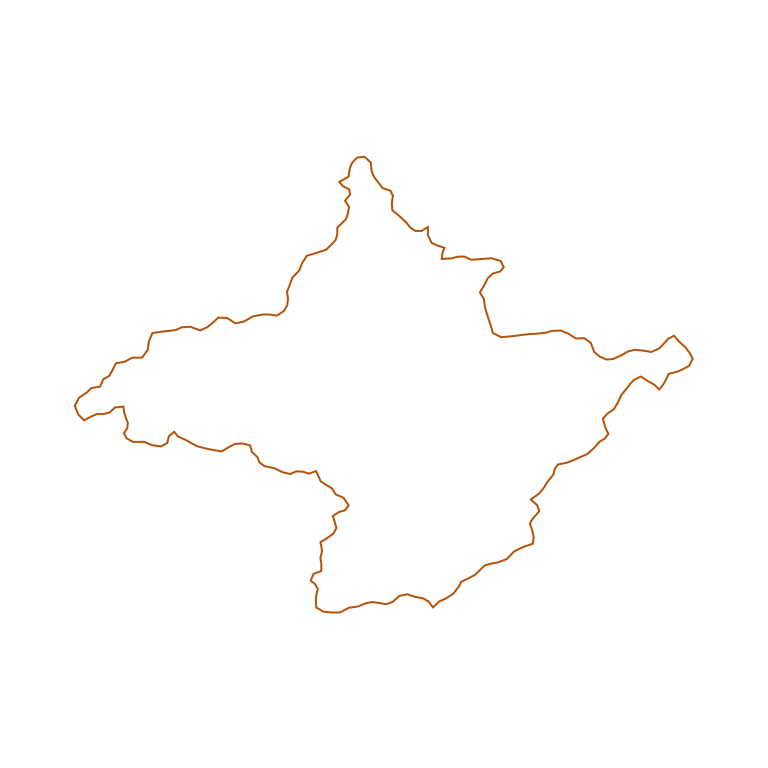 São José do Jacuri, Minas Gerais, Brazil, rotated 82°
{"feature_id": "56859067B60051693205598", "entity_name": "São José do Jacuri", "entity_type": "district", "adm_level": 2, "iso_a3": "BRA", "parent_name": "Brazil", "parent_adm1": "Minas Gerais", "projection": "natural_earth1", "projection_center": [-42.674, -18.243], "detail": "fine", "context": "isolated", "style": "outline", "palette": "amber", "viewbox_px": 768, "rotation_deg": 82, "n_neighbors": 0, "source": "geoboundaries", "source_scale": "gbopen_adm2", "svg_char_len": 3373}
<svg xmlns="http://www.w3.org/2000/svg" viewBox="0 0 768 768"><g transform="rotate(82 384 384)"><path d="M295.2,538.9L300.1,545.9L303.1,550.9L305.3,558.5L300.3,568.1L299.7,576.7L301.5,582.5L301.5,589.7L301.2,597.7L301.4,606.3L309.0,610.9L317.5,613.3L324.2,619.9L322.9,629.8L325.9,637.6L326.1,646.5L332.6,651.0L337.6,654.8L340.3,661.4L347.1,665.4L347.3,674.3L351.6,680.4L355.2,688.0L362.5,693.2L371.7,691.0L378.2,686.0L375.5,678.6L373.7,672.0L374.8,666.0L373.9,659.3L369.8,653.7L370.1,645.2L375.7,645.2L381.3,644.4L387.0,643.1L392.0,644.4L396.5,648.4L401.9,646.5L406.4,640.6L407.8,629.9L412.3,622.2L414.8,613.5L412.3,606.9L405.8,604.2L402.1,598.4L407.2,595.4L411.7,588.3L416.1,582.5L419.8,577.4L422.9,569.8L425.8,561.8L428.1,554.1L425.2,547.2L422.6,539.9L423.2,532.3L426.3,525.0L432.8,524.3L439.0,519.4L444.3,518.3L448.6,513.9L452.0,504.7L457.3,496.5L460.1,489.5L458.3,483.1L459.5,476.8L462.3,470.6L460.8,463.5L466.0,461.8L471.6,460.2L475.8,455.3L480.3,449.9L486.5,447.3L491.1,439.9L499.2,435.9L503.7,440.3L504.5,446.5L507.6,453.0L513.8,452.0L520.0,451.2L525.1,454.9L528.7,461.8L531.7,468.9L540.5,468.5L547.5,471.2L553.4,471.1L560.5,472.1L562.2,480.2L568.6,484.0L572.5,480.2L577.7,478.1L583.8,480.5L590.0,481.7L595.9,482.1L601.0,475.8L603.0,467.5L604.1,459.2L600.7,450.0L600.7,440.3L598.7,433.3L598.2,426.4L600.1,419.4L602.4,412.8L601.0,405.8L596.0,398.2L595.4,390.1L599.3,382.5L601.6,375.3L605.5,370.2L612.0,366.6L606.9,359.4L605.0,352.6L601.4,344.7L595.4,338.4L590.6,335.0L588.1,327.1L585.6,320.4L581.6,314.9L577.7,309.6L576.8,303.2L576.6,296.6L574.5,286.9L568.0,278.6L564.8,268.9L562.8,258.7L556.0,257.0L549.2,257.7L542.5,259.0L538.0,255.4L531.5,247.9L525.3,249.2L518.8,254.7L514.1,245.8L509.1,240.2L503.4,235.6L497.2,228.8L491.9,226.8L487.9,222.9L487.4,213.8L485.4,205.6L483.4,198.7L481.7,192.6L477.0,185.4L471.3,178.8L468.7,172.8L464.6,168.8L457.2,171.0L448.9,172.1L444.6,167.1L440.9,159.8L434.2,154.5L428.1,150.6L423.2,145.3L418.8,140.9L414.8,136.0L412.3,128.6L417.9,122.3L422.4,116.3L427.7,112.3L423.2,107.4L418.4,103.8L413.6,100.7L412.3,90.1L408.6,79.5L402.1,74.8L396.3,76.7L389.5,80.5L383.2,85.8L376.5,90.1L378.8,96.4L382.7,100.8L387.0,106.4L389.5,114.6L386.6,124.3L385.0,131.3L385.8,138.2L388.6,144.9L391.1,153.6L390.8,159.8L387.3,166.1L381.6,171.4L372.3,173.4L366.5,179.3L365.6,187.7L359.9,194.3L355.7,201.3L354.8,210.0L355.7,216.6L355.4,226.9L354.8,233.5L354.6,241.1L354.6,247.9L354.0,261.3L348.7,269.1L341.0,270.1L331.2,272.0L322.3,273.3L313.8,273.3L306.7,276.3L300.6,271.3L293.8,266.6L289.8,261.0L288.7,253.2L285.0,249.2L278.5,251.3L274.4,260.0L273.8,270.8L273.1,280.3L269.0,286.7L268.2,293.0L269.0,299.9L268.2,309.4L262.5,307.9L257.5,305.2L254.2,312.1L250.8,317.2L242.9,319.8L234.7,318.7L237.8,325.7L236.7,331.8L232.5,336.3L227.4,339.3L220.3,345.0L213.1,351.6L205.2,350.9L199.0,349.0L193.4,350.7L189.8,358.1L183.8,361.5L177.7,364.9L172.2,366.6L162.7,366.3L156.2,371.9L156.0,379.1L160.5,384.8L165.8,387.9L173.8,390.3L177.6,400.1L182.4,397.1L186.4,391.4L191.6,391.2L197.1,397.1L203.8,393.9L209.5,395.8L215.3,398.5L218.7,403.1L222.7,408.5L229.1,409.4L234.5,411.7L238.4,416.4L242.9,422.5L244.6,431.7L246.3,442.6L252.8,448.2L259.8,452.2L266.0,460.0L272.8,463.6L279.2,467.2L286.2,467.2L292.7,468.9L297.7,472.9L301.4,480.5L299.4,487.1L298.3,494.1L298.8,504.3L302.6,513.9L303.3,522.7L296.7,530.3L295.2,538.9Z" fill="none" stroke="#b45309" stroke-width="2"/></g></svg>